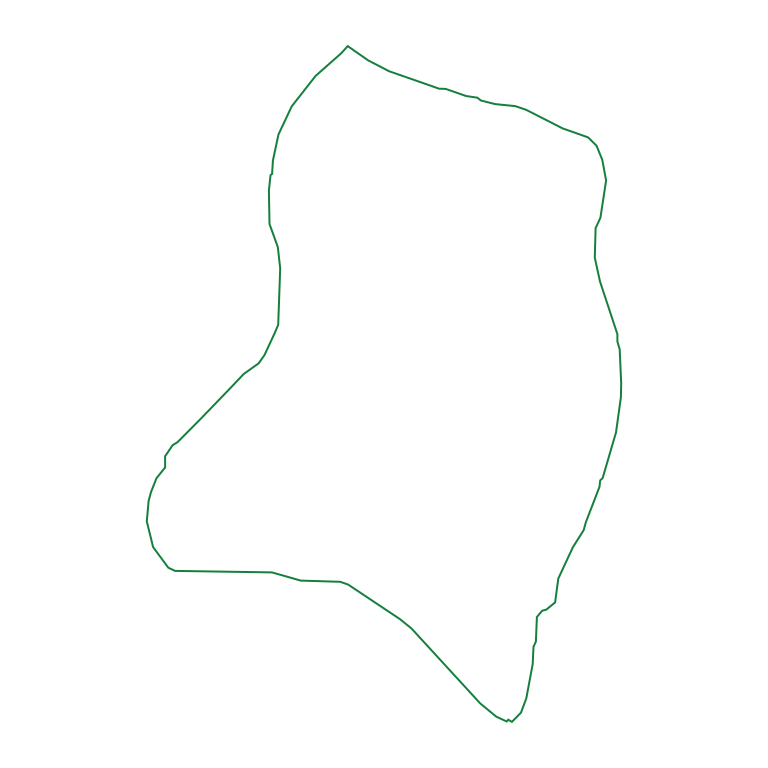 San Sebastián Huehuetenango, Huehuetenango, Guatemala
{"feature_id": "79465075B22472302807981", "entity_name": "San Sebastián Huehuetenango", "entity_type": "district", "adm_level": 2, "iso_a3": "GTM", "parent_name": "Guatemala", "parent_adm1": "Huehuetenango", "projection": "natural_earth1", "projection_center": [-91.558, 15.427], "detail": "fine", "context": "isolated", "style": "outline", "palette": "green", "viewbox_px": 768, "rotation_deg": 0, "n_neighbors": 0, "source": "geoboundaries", "source_scale": "gbopen_adm2", "svg_char_len": 1138}
<svg xmlns="http://www.w3.org/2000/svg" viewBox="0 0 768 768"><path d="M596.6,145.8L588.1,137.4L562.6,128.4L525.9,109.7L515.2,106.1L495.1,104.1L480.9,100.5L477.4,97.7L466.0,96.0L445.6,88.9L439.1,88.7L389.0,71.2L368.2,60.4L347.7,46.1L341.4,53.1L315.5,76.0L291.7,106.4L278.5,134.4L272.9,160.6L272.1,173.9L270.5,175.2L268.9,190.7L269.5,224.0L277.8,247.0L280.2,268.3L278.2,324.8L274.7,333.1L264.5,355.0L258.7,363.3L243.7,374.0L231.0,387.4L209.9,409.3L200.6,418.9L177.5,442.2L172.6,445.2L165.1,456.3L165.1,467.5L156.5,478.2L151.0,492.1L148.6,501.0L146.8,521.4L153.1,547.1L168.3,567.7L175.1,570.9L271.9,572.4L300.7,580.6L340.2,581.8L348.0,584.5L399.9,619.1L411.5,628.5L440.1,659.7L480.3,703.5L496.2,716.6L506.7,721.5L508.3,719.7L511.9,721.9L521.0,712.6L526.3,698.4L532.7,664.0L533.5,646.9L535.9,641.5L536.9,617.0L542.2,610.7L546.2,609.7L555.1,602.4L558.3,578.6L572.9,547.2L583.7,530.1L585.8,522.4L599.5,486.8L600.2,480.4L602.6,478.2L616.0,432.5L620.9,397.2L621.2,383.5L619.7,349.4L617.4,341.6L617.4,334.2L600.0,281.5L594.8,257.7L595.6,228.2L600.4,217.8L606.1,180.5L602.3,159.9L596.6,145.8Z" fill="none" stroke="#15803d" stroke-width="2"/></svg>